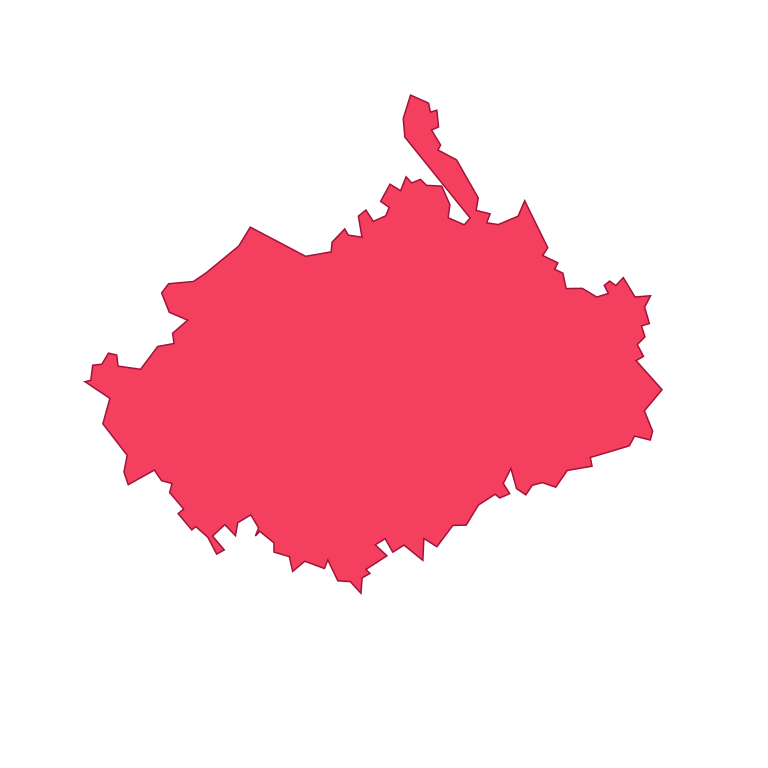 Castillo de Teayo, Veracruz, Mexico (orthographic projection), rotated 49°
{"feature_id": "50627088B5982554369070", "entity_name": "Castillo de Teayo", "entity_type": "district", "adm_level": 2, "iso_a3": "MEX", "parent_name": "Mexico", "parent_adm1": "Veracruz", "projection": "orthographic", "projection_center": [-97.687, 20.732], "detail": "medium", "context": "isolated", "style": "filled", "palette": "rose", "viewbox_px": 768, "rotation_deg": 49, "n_neighbors": 0, "source": "geoboundaries", "source_scale": "gbopen_adm2", "svg_char_len": 1970}
<svg xmlns="http://www.w3.org/2000/svg" viewBox="0 0 768 768"><g transform="rotate(49 384 384)"><path d="M292.2,643.1L298.3,613.8L311.1,615.3L320.0,609.3L325.3,617.0L346.9,617.2L346.7,624.4L368.0,624.8L368.2,619.6L384.0,617.5L402.6,621.9L404.4,613.4L386.3,613.2L385.7,596.4L401.1,595.6L392.7,585.4L395.4,570.4L410.3,573.0L414.4,580.8L413.6,574.4L431.7,571.3L438.7,577.3L452.2,568.7L465.5,575.9L465.8,560.1L484.2,550.0L479.9,541.8L502.3,548.0L511.0,539.1L526.8,538.7L516.0,527.7L517.7,518.9L512.1,519.3L515.6,494.5L499.6,496.1L501.5,484.6L516.7,487.7L518.7,474.6L542.6,470.4L526.8,455.3L541.5,450.8L535.9,424.8L544.4,414.6L537.3,392.1L540.1,372.5L546.0,371.4L549.2,361.1L537.3,359.2L531.0,343.6L549.9,352.6L560.7,349.7L557.7,338.6L562.3,329.2L574.5,322.1L569.5,302.4L582.5,280.9L574.8,276.5L591.6,239.4L587.7,229.1L601.0,219.8L595.8,212.2L575.1,205.1L570.7,177.9L531.7,178.4L533.4,170.0L520.4,167.0L519.6,156.1L509.1,151.6L512.4,144.0L497.0,136.9L492.3,124.9L483.0,137.5L460.7,133.6L461.8,144.5L454.3,146.2L454.1,153.1L462.8,155.2L458.0,166.4L441.9,171.6L431.5,183.9L417.7,176.3L409.5,179.9L406.6,173.3L391.2,179.9L388.6,171.0L338.0,157.6L345.3,172.7L338.6,193.2L329.7,200.7L325.2,192.3L313.4,200.6L305.4,190.8L262.4,182.2L242.8,189.8L240.8,184.5L223.5,181.5L225.8,174.2L212.0,164.5L209.3,170.6L201.3,166.1L183.4,174.4L196.2,195.3L211.4,206.3L315.2,210.1L316.5,219.0L300.6,226.5L292.0,216.7L272.6,210.6L261.9,221.6L253.5,222.2L250.4,231.2L242.1,231.4L249.0,244.7L237.1,248.4L244.0,266.8L254.1,264.2L258.2,272.4L254.2,285.4L240.8,283.5L240.5,293.2L258.7,304.3L248.2,313.3L241.2,311.9L242.9,330.2L249.6,337.2L236.2,359.4L177.9,382.0L184.6,403.1L183.4,445.6L181.6,460.6L167.0,480.8L169.4,492.1L189.1,499.0L207.0,490.3L207.0,510.3L215.7,515.9L207.2,530.2L213.2,558.1L196.0,573.0L186.8,566.7L179.9,571.7L184.0,584.0L178.7,591.5L188.9,602.9L186.0,608.2L215.0,600.3L229.6,622.3L269.3,624.6L279.8,638.0L292.2,643.1Z" fill="#f43f5e" stroke="#9f1239" stroke-width="1.5"/></g></svg>